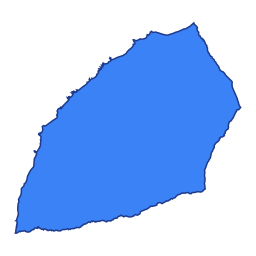 outline of Sao Lourenco, São Filipe, Cabo Verde
{"feature_id": "66160863B41356087556588", "entity_name": "Sao Lourenco", "entity_type": "district", "adm_level": 2, "iso_a3": "CPV", "parent_name": "Cabo Verde", "parent_adm1": "São Filipe", "projection": "robinson", "projection_center": [-24.437, 14.978], "detail": "fine", "context": "isolated", "style": "filled", "palette": "blue", "viewbox_px": 256, "rotation_deg": 0, "n_neighbors": 0, "source": "geoboundaries", "source_scale": "gbopen_adm2", "svg_char_len": 5682}
<svg xmlns="http://www.w3.org/2000/svg" viewBox="0 0 256 256"><path d="M205.2,189.0L204.4,182.7L205.0,181.3L204.8,180.5L205.1,178.5L204.5,176.1L204.8,172.6L204.6,170.0L205.7,167.6L207.5,162.3L208.6,161.1L209.4,159.1L210.1,158.5L210.4,157.5L211.5,152.5L212.6,151.0L213.0,149.5L214.2,147.8L214.2,145.3L216.5,142.4L217.5,142.0L219.3,140.0L219.5,139.7L219.4,138.6L220.1,138.2L220.2,137.5L220.7,137.1L222.3,137.0L224.3,135.7L223.9,134.7L225.3,133.0L225.2,131.7L226.8,129.7L227.9,129.2L228.5,127.6L228.3,125.1L229.3,121.8L231.4,120.6L231.6,119.9L233.0,118.1L235.7,112.3L236.4,111.6L236.7,110.2L237.3,109.7L238.7,109.7L240.6,107.5L240.0,106.7L238.9,104.6L238.2,101.6L237.6,100.4L237.2,98.5L233.0,88.9L232.2,86.7L232.0,84.4L232.2,82.2L231.9,81.4L225.8,75.4L224.7,73.5L223.6,72.3L222.6,71.6L221.7,71.5L220.5,70.5L219.6,69.3L218.7,66.6L216.5,63.8L215.8,62.3L214.5,61.1L214.2,59.8L212.2,58.0L212.0,57.0L211.6,56.6L210.8,56.5L210.5,55.8L209.9,55.5L209.2,53.3L208.2,52.5L208.1,51.7L207.6,50.9L207.4,49.1L207.5,48.0L206.7,46.8L206.9,45.7L205.8,44.5L204.3,40.9L203.3,40.6L203.6,39.9L203.5,39.5L202.3,39.1L202.1,38.3L201.3,38.2L200.4,37.1L200.1,35.9L199.1,35.5L198.7,34.9L198.7,32.2L197.9,31.5L196.9,29.4L197.4,28.3L197.3,27.3L195.8,25.5L194.5,24.6L193.8,22.9L190.1,26.2L185.8,28.7L185.0,29.1L184.1,28.9L178.2,31.6L176.1,32.1L172.5,33.6L169.6,34.4L168.6,35.0L166.5,35.1L163.4,34.5L155.8,32.1L152.5,32.4L151.7,31.4L151.5,31.7L150.4,32.0L149.8,33.9L148.6,35.2L147.3,34.6L146.8,36.8L145.6,38.3L142.2,39.3L140.2,38.8L139.3,39.5L136.2,40.8L134.4,40.0L133.8,40.4L133.6,39.7L133.2,39.8L133.9,41.7L134.9,42.6L134.9,43.7L134.4,44.2L133.3,44.2L133.0,44.8L133.2,45.3L133.0,46.3L131.4,48.0L129.2,49.7L127.4,51.5L126.1,53.6L122.6,55.7L117.9,57.2L113.2,59.4L111.5,59.7L110.8,59.1L110.8,57.9L110.4,57.8L110.2,58.6L109.9,57.9L109.6,58.5L110.3,58.9L110.5,59.8L111.0,60.4L110.1,61.4L108.8,61.7L107.7,63.5L104.7,63.9L103.9,64.5L103.5,64.3L103.6,63.2L103.2,63.0L103.0,63.4L103.2,64.1L102.8,64.2L102.8,63.5L102.3,64.7L103.0,65.6L102.8,65.8L102.5,65.6L102.8,66.0L102.8,66.4L102.0,66.0L102.4,66.7L101.9,67.2L101.5,67.4L100.6,67.2L101.5,68.4L101.1,69.1L100.8,68.9L100.6,69.3L100.0,68.9L99.0,68.9L99.7,69.9L99.6,70.2L98.9,70.3L99.0,70.8L98.6,71.1L97.7,70.7L98.6,71.8L98.0,73.5L97.5,73.6L97.4,74.0L96.7,74.5L96.6,75.7L96.3,76.3L93.8,78.2L92.3,78.7L92.0,78.4L91.9,78.9L89.9,80.0L89.7,79.9L89.4,78.9L89.2,79.3L89.8,80.7L87.6,82.4L87.3,82.4L87.1,81.7L87.0,82.3L87.4,83.1L86.0,84.6L82.7,86.9L78.5,90.3L77.8,90.6L77.5,90.3L77.4,90.8L77.4,90.4L76.7,90.1L77.1,91.2L76.2,91.7L76.1,92.1L75.2,91.8L75.5,92.4L74.7,92.5L74.4,91.5L74.4,92.2L73.8,92.4L73.3,91.4L72.9,91.8L72.6,91.3L72.8,92.0L72.4,91.9L72.8,92.7L72.4,92.8L72.7,93.3L71.9,93.2L73.0,94.1L72.6,95.1L71.8,94.9L72.3,95.2L72.1,95.9L71.4,96.7L70.3,97.4L69.6,96.6L68.8,96.7L68.7,97.3L69.4,98.3L69.1,98.7L68.5,98.7L68.2,97.9L67.3,97.5L67.5,98.2L68.8,99.7L67.7,101.1L63.0,105.9L63.0,106.3L62.6,106.4L61.9,107.5L61.4,107.7L60.9,107.1L60.4,107.6L60.7,108.0L61.1,107.8L61.7,108.1L61.5,108.4L60.9,108.7L59.8,108.3L58.9,108.5L57.8,109.5L57.1,111.1L57.8,112.1L57.4,113.2L57.4,114.1L56.7,115.1L56.8,115.6L57.3,115.8L57.4,116.5L57.0,117.8L52.7,120.6L45.7,125.8L45.1,126.0L43.6,125.6L42.3,126.5L42.8,129.9L42.3,131.6L40.6,133.5L40.2,132.9L40.0,133.0L38.9,133.5L38.6,134.3L38.9,134.6L39.3,134.7L39.5,135.4L40.1,135.4L40.8,136.3L41.0,137.4L41.0,138.6L40.5,139.5L40.5,140.1L41.0,140.6L40.3,143.7L40.5,145.3L39.5,147.7L37.3,151.4L36.7,152.0L35.5,151.5L34.8,150.8L34.5,150.9L34.7,151.2L34.3,151.2L34.4,151.6L35.3,152.5L36.3,152.6L36.7,153.6L35.7,156.3L34.3,158.9L33.8,166.2L33.3,167.2L30.6,170.2L30.4,171.0L29.9,171.4L27.5,176.3L27.1,178.8L26.2,181.7L25.5,182.9L24.2,183.8L24.1,185.2L23.6,186.3L21.6,188.3L21.3,189.2L21.4,192.3L20.8,195.1L18.5,199.4L18.9,201.8L18.1,203.8L17.7,209.4L18.3,213.1L18.2,214.9L17.0,218.5L16.7,219.9L16.0,220.6L16.5,220.6L17.0,221.6L17.1,223.8L17.0,224.5L16.8,224.5L16.8,225.8L16.4,226.3L16.3,226.8L16.7,227.2L16.3,227.8L15.8,230.7L15.9,231.1L15.4,233.1L16.6,233.1L18.9,231.8L19.4,231.2L20.3,231.7L21.1,231.2L23.9,231.0L24.5,230.6L25.7,231.5L26.6,231.6L27.3,232.1L29.6,231.8L30.6,231.3L30.9,230.7L32.8,229.6L33.8,229.6L34.4,228.4L34.8,228.1L35.4,228.0L37.7,228.3L37.9,228.1L37.6,227.1L38.0,226.8L39.5,227.7L40.1,228.5L40.8,228.6L41.6,229.3L42.4,229.1L43.5,229.9L44.1,229.1L45.1,228.9L46.6,229.9L47.1,229.8L48.0,230.6L50.8,229.9L51.3,230.0L51.3,230.5L51.5,230.7L52.7,230.3L53.6,230.9L54.5,230.9L56.0,230.1L58.0,230.8L59.1,230.7L60.0,231.0L62.5,229.6L65.5,229.5L67.5,228.7L68.5,229.6L69.1,229.2L70.1,229.4L70.7,228.8L74.4,228.5L75.3,227.9L76.4,227.8L76.9,227.3L78.4,227.7L79.5,227.6L80.2,227.1L80.8,227.0L81.3,226.1L82.8,225.4L83.3,224.4L86.1,223.8L88.7,221.9L90.2,222.5L91.8,221.1L92.4,221.6L93.3,221.0L94.4,221.7L95.1,221.4L95.8,222.1L97.1,221.3L99.3,221.4L100.6,220.8L102.5,220.4L104.6,220.9L106.2,221.8L107.0,221.6L107.5,220.9L108.2,220.7L110.7,221.0L111.9,220.1L112.9,219.9L114.0,218.6L117.2,218.0L117.7,217.0L119.4,216.1L120.1,216.0L121.0,215.2L123.8,216.8L125.8,215.9L128.8,216.9L131.8,216.8L132.9,216.0L133.7,216.1L135.4,214.5L137.4,215.2L139.3,214.2L139.9,213.7L140.4,211.9L141.1,211.3L144.3,210.1L144.8,209.6L146.6,209.3L149.6,207.3L150.7,206.1L151.9,206.4L156.2,205.4L156.9,204.8L157.0,203.8L158.3,202.8L160.4,202.6L161.6,203.5L162.4,203.5L164.0,202.4L165.8,201.6L166.3,200.7L167.9,201.1L168.6,200.4L170.3,199.7L170.8,198.8L171.9,198.7L172.5,199.0L173.4,198.2L175.2,197.6L175.9,196.6L177.4,195.1L180.2,194.1L181.6,193.2L185.3,193.1L187.1,192.5L188.4,192.7L189.6,193.6L191.1,193.7L191.8,192.9L193.0,192.4L193.7,192.6L195.0,192.4L197.4,191.7L201.2,192.0L202.2,191.5L203.3,190.6L203.7,189.9L205.2,189.0Z" fill="#3b82f6" stroke="#1e3a8a" stroke-width="1.5"/></svg>